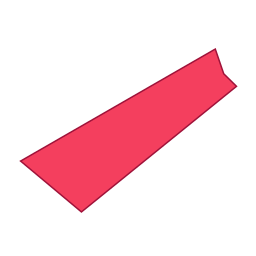 outline of 14, Ad Dawhah, Qatar, rotated 7°
{"feature_id": "91078587B44176615316419", "entity_name": "14", "entity_type": "district", "adm_level": 2, "iso_a3": "QAT", "parent_name": "Qatar", "parent_adm1": "Ad Dawhah", "projection": "equal_earth", "projection_center": [51.529, 25.277], "detail": "fine", "context": "isolated", "style": "filled", "palette": "rose", "viewbox_px": 256, "rotation_deg": 7, "n_neighbors": 0, "source": "geoboundaries", "source_scale": "gbopen_adm2", "svg_char_len": 235}
<svg xmlns="http://www.w3.org/2000/svg" viewBox="0 0 256 256"><g transform="rotate(7 128 128)"><path d="M25.4,173.9L92.0,217.0L230.6,73.4L216.4,62.5L205.0,39.0L25.4,173.9Z" fill="#f43f5e" stroke="#9f1239" stroke-width="1.5"/></g></svg>